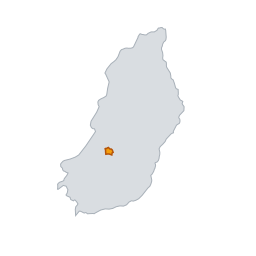 location of Székesfehérvár within Hungary, rotated 307°
{"feature_id": "HUN-4908", "entity_name": "Székesfehérvár", "entity_type": "Urban county", "adm_level": 1, "iso_a3": "HUN", "parent_name": "Hungary", "parent_adm1": "", "projection": "robinson", "projection_center": [18.479, 47.186], "detail": "fine", "context": "in_parent", "style": "filled", "palette": "amber", "viewbox_px": 256, "rotation_deg": 307, "n_neighbors": 0, "source": "natural_earth", "source_scale": "10m", "svg_char_len": 2860}
<svg xmlns="http://www.w3.org/2000/svg" viewBox="0 0 256 256"><g transform="rotate(307 128 128)"><path d="M206.9,81.1L209.8,80.8L210.6,81.0L211.1,82.7L211.1,82.8L211.8,84.0L212.5,85.5L213.5,86.7L215.7,87.1L218.6,88.6L220.6,91.2L223.4,92.3L223.6,92.4L224.1,92.2L226.1,92.1L226.5,92.7L228.2,94.0L228.8,95.1L228.5,96.4L228.9,97.7L229.5,98.2L228.8,99.2L223.6,103.8L221.6,105.0L220.3,105.3L218.1,104.8L215.9,105.2L214.0,106.1L212.2,106.5L210.8,107.6L209.1,110.2L206.9,112.3L204.7,113.6L203.6,114.8L203.6,118.9L202.3,120.1L200.7,121.3L199.8,122.3L197.4,128.6L195.6,130.6L193.8,132.1L193.5,133.5L193.6,135.1L191.5,138.3L188.9,141.6L188.4,143.0L189.0,144.8L186.5,146.9L185.0,148.0L183.8,148.4L183.0,149.8L181.8,153.0L182.1,154.4L182.2,155.8L180.0,156.6L179.4,158.0L178.9,159.8L177.9,160.6L175.5,162.2L169.4,161.5L167.1,162.0L166.4,163.1L166.3,163.9L165.5,164.8L164.1,165.8L162.7,166.2L159.5,165.0L152.6,166.2L151.5,167.2L150.5,166.5L149.0,165.9L142.2,165.2L139.5,165.8L135.8,165.5L132.5,164.9L130.0,165.4L127.8,168.0L126.7,168.8L125.8,169.4L123.9,170.2L122.4,171.1L120.3,171.8L118.4,171.7L116.6,170.6L116.0,170.9L115.4,171.9L114.5,172.7L111.8,173.8L111.1,173.8L108.9,174.6L105.6,175.0L103.9,174.7L100.8,178.2L99.9,178.9L97.0,180.0L94.6,180.5L92.5,180.1L91.7,180.0L82.6,179.8L77.9,179.1L74.9,177.7L72.8,176.2L71.9,174.5L69.5,173.4L65.8,173.1L62.9,171.4L60.9,168.4L58.1,166.0L54.6,164.2L51.8,161.7L49.7,158.5L46.1,155.6L40.7,153.1L39.1,152.5L38.8,151.7L36.2,148.5L35.1,147.3L35.2,145.7L34.7,144.8L33.7,144.2L33.3,141.9L33.0,140.2L32.2,139.1L26.5,138.9L31.4,134.8L33.7,133.7L36.5,133.9L37.4,133.5L37.6,132.9L38.1,131.6L38.4,130.3L38.6,129.1L38.3,128.5L37.0,128.3L36.4,125.4L37.1,124.3L37.8,123.5L37.0,120.0L37.2,118.8L39.4,118.6L41.2,117.8L42.7,117.0L43.1,115.9L44.3,113.7L43.2,110.9L37.0,109.1L36.7,108.5L38.2,107.7L39.7,106.6L40.6,105.7L41.8,105.6L43.5,106.0L46.5,108.0L47.6,108.3L48.7,107.7L49.9,107.6L53.2,107.7L56.0,107.2L55.4,105.1L55.4,103.6L54.9,102.4L55.3,101.0L56.4,100.0L56.7,97.6L58.5,96.0L59.3,95.8L62.4,96.1L63.1,96.5L63.6,96.6L68.4,100.5L73.0,103.4L76.8,104.9L82.4,105.0L88.3,105.1L98.1,104.6L105.6,104.2L106.0,103.5L107.2,101.8L106.3,100.3L106.3,98.5L107.6,96.2L111.2,94.4L121.7,93.5L127.7,92.1L128.6,90.2L130.6,88.3L132.4,87.9L134.9,88.8L137.9,90.4L140.5,91.3L142.1,90.8L147.4,87.9L153.5,85.2L157.6,77.7L158.0,76.5L162.6,75.6L169.2,75.8L172.6,76.8L175.2,77.3L179.0,77.1L184.5,75.5L186.6,75.6L188.2,76.7L190.0,77.7L191.1,78.9L192.1,80.6L192.6,81.2L193.3,82.1L194.8,83.3L196.1,83.6L206.3,81.5L206.9,81.1Z" fill="#d9dde1" stroke="#a8b0b8" stroke-width="1"/><path d="M97.6,122.2L98.2,122.4L98.8,123.4L99.6,123.4L100.7,124.1L100.4,125.5L100.4,126.4L101.1,127.2L101.1,128.3L100.6,129.3L99.6,130.8L98.6,130.3L96.7,131.3L96.4,130.2L96.0,128.8L95.1,127.5L93.7,126.1L95.2,124.7L96.9,123.3L97.6,122.2Z" fill="#f59e0b" stroke="#b45309" stroke-width="1.5"/></g></svg>